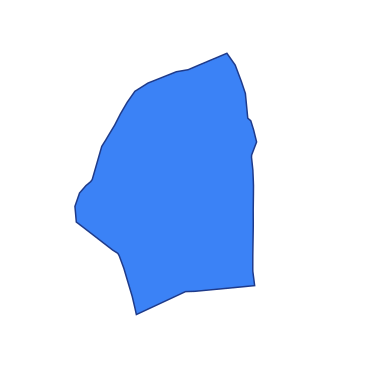 outline of Santo Domingo Yodohino, Oaxaca, Mexico, rotated 128°
{"feature_id": "50627088B73301150640580", "entity_name": "Santo Domingo Yodohino", "entity_type": "district", "adm_level": 2, "iso_a3": "MEX", "parent_name": "Mexico", "parent_adm1": "Oaxaca", "projection": "orthographic", "projection_center": [-97.701, 17.639], "detail": "fine", "context": "isolated", "style": "filled", "palette": "blue", "viewbox_px": 384, "rotation_deg": 128, "n_neighbors": 0, "source": "geoboundaries", "source_scale": "gbopen_adm2", "svg_char_len": 842}
<svg xmlns="http://www.w3.org/2000/svg" viewBox="0 0 384 384"><g transform="rotate(128 192 192)"><path d="M274.5,135.8L268.6,128.7L227.2,85.0L217.1,95.2L215.4,96.6L204.6,105.0L181.6,122.4L178.0,125.2L168.6,132.6L156.5,141.8L149.1,147.5L145.4,150.6L137.3,157.5L128.0,166.5L126.1,167.8L112.8,171.9L105.2,181.6L99.7,189.5L99.5,193.5L81.5,210.6L74.5,221.2L65.4,236.1L61.2,249.9L63.9,251.4L75.9,258.1L87.4,264.5L98.1,270.4L106.9,278.4L133.3,293.8L147.8,299.0L161.1,298.3L174.5,296.5L186.9,294.1L196.1,293.0L204.7,291.9L206.9,291.7L211.6,291.2L243.6,278.3L246.2,278.2L252.2,279.5L252.5,279.5L254.0,279.6L254.5,279.6L262.0,280.0L275.4,275.4L286.1,265.4L286.9,264.7L286.8,257.6L286.6,218.7L286.0,212.7L287.0,210.2L294.1,198.7L299.9,190.6L311.1,174.8L318.6,165.5L322.8,160.4L274.5,135.8Z" fill="#3b82f6" stroke="#1e3a8a" stroke-width="1.5"/></g></svg>